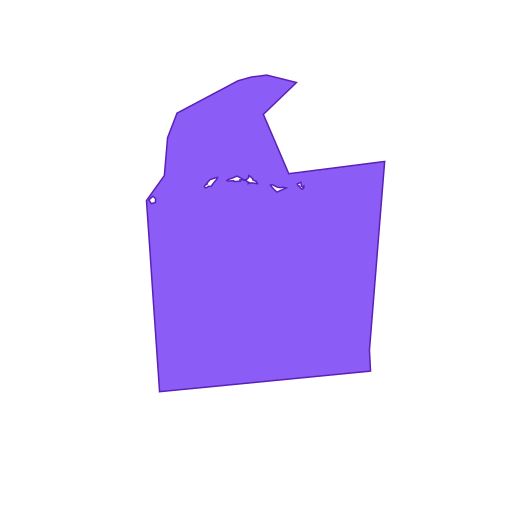 Zemam Out, Al Buhayrah, Egypt, rotated 322°
{"feature_id": "37247803B42276960376835", "entity_name": "Zemam Out", "entity_type": "district", "adm_level": 2, "iso_a3": "EGY", "parent_name": "Egypt", "parent_adm1": "Al Buhayrah", "projection": "orthographic", "projection_center": [30.378, 30.239], "detail": "fine", "context": "isolated", "style": "filled", "palette": "violet", "viewbox_px": 512, "rotation_deg": 322, "n_neighbors": 0, "source": "geoboundaries", "source_scale": "gbopen_adm2", "svg_char_len": 1457}
<svg xmlns="http://www.w3.org/2000/svg" viewBox="0 0 512 512"><g transform="rotate(322 256 256)"><path d="M233.3,136.2L203.8,144.9L193.8,159.7L176.1,185.9L149.1,225.7L118.9,270.4L97.0,302.8L96.4,303.5L275.4,417.2L287.4,400.1L378.7,300.8L415.6,260.7L332.5,211.3L349.0,148.9L394.7,144.2L394.4,143.8L387.6,135.1L378.5,123.5L375.8,120.0L371.0,117.2L366.3,114.4L364.9,113.5L362.1,111.9L349.6,106.8L325.8,102.6L281.7,94.8L281.4,95.0L259.2,108.3L233.3,136.2L233.3,136.2ZM266.8,167.5L273.0,169.8L274.0,170.4L273.0,171.1L267.3,172.4L263.4,173.5L261.5,171.8L259.8,171.9L258.2,171.2L257.8,170.0L258.8,168.9L261.9,169.2L261.9,168.4L266.8,167.5ZM291.8,184.6L293.3,188.4L290.2,186.1L289.6,187.3L284.6,183.9L284.8,182.9L280.4,179.9L279.5,178.7L280.8,178.5L286.2,180.3L289.7,181.2L290.3,181.5L291.8,184.6ZM319.5,218.4L321.6,220.9L311.9,218.6L311.1,214.3L311.0,209.1L312.7,209.8L315.2,214.9L317.2,217.1L319.5,218.4ZM300.4,189.5L301.0,193.1L300.4,194.1L302.1,197.5L301.7,199.9L297.8,195.8L297.0,195.6L296.4,195.2L296.1,194.1L294.5,194.2L295.4,193.0L294.7,191.9L294.9,190.9L292.9,188.6L295.6,189.8L296.7,189.9L297.5,189.8L298.6,189.6L299.8,188.1L300.4,189.5ZM212.2,149.0L209.7,151.9L205.7,150.3L206.0,147.0L206.0,146.2L206.8,145.8L211.6,145.5L212.2,149.0ZM334.9,229.0L335.1,230.3L336.8,230.3L336.1,231.4L335.0,232.0L334.2,231.9L333.4,231.7L332.8,229.5L333.4,227.7L332.4,226.8L332.8,224.6L336.8,225.6L334.9,229.0Z" fill="#8b5cf6" stroke="#5b21b6" stroke-width="1.5"/></g></svg>